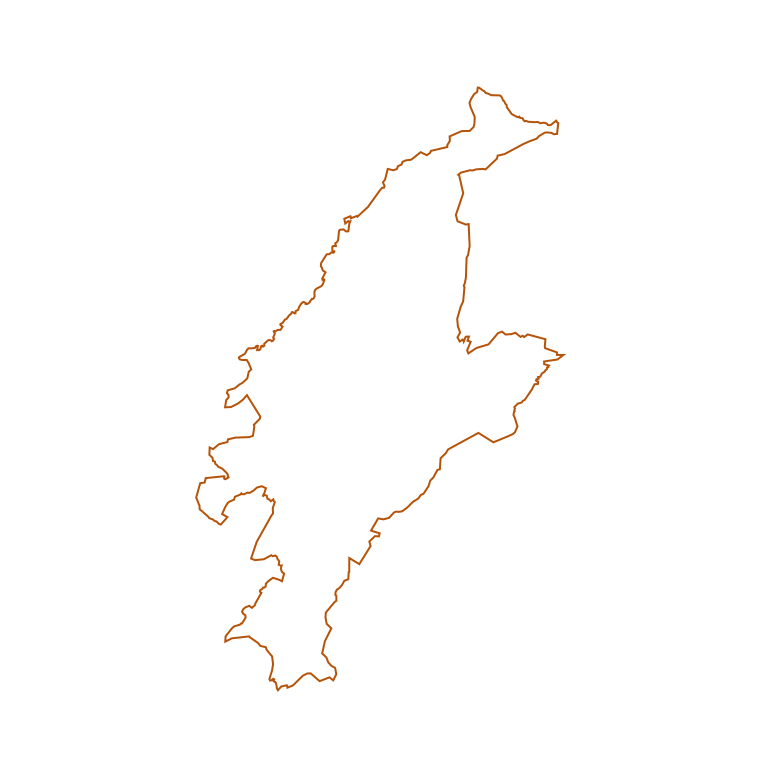 Novadnieku pag., Saldus, Latvia, rotated 303°
{"feature_id": "27541924B74609971281778", "entity_name": "Novadnieku pag.", "entity_type": "district", "adm_level": 2, "iso_a3": "LVA", "parent_name": "Latvia", "parent_adm1": "Saldus", "projection": "natural_earth1", "projection_center": [22.426, 56.607], "detail": "fine", "context": "isolated", "style": "outline", "palette": "amber", "viewbox_px": 768, "rotation_deg": 303, "n_neighbors": 0, "source": "geoboundaries", "source_scale": "gbopen_adm2", "svg_char_len": 6133}
<svg xmlns="http://www.w3.org/2000/svg" viewBox="0 0 768 768"><g transform="rotate(303 384 384)"><path d="M587.0,284.7L583.4,280.5L580.4,278.5L577.5,279.2L574.4,277.1L571.3,277.7L568.4,275.5L566.4,270.0L556.2,273.5L552.5,273.3L550.3,276.7L548.5,277.0L547.7,275.6L544.5,275.1L523.7,274.1L509.8,270.6L510.1,269.7L504.9,265.9L506.4,264.7L506.3,264.3L500.9,260.7L497.5,264.1L501.1,265.2L500.9,266.1L502.1,267.1L499.4,267.7L492.7,270.9L491.3,269.2L491.6,265.8L489.1,262.9L487.9,262.9L479.6,267.2L477.7,267.3L475.4,266.5L473.5,268.5L472.1,266.2L471.0,265.9L467.8,268.0L467.5,268.8L468.2,270.0L467.4,270.4L466.5,270.0L465.6,268.2L463.0,267.3L461.5,265.3L451.2,265.4L448.4,266.9L447.8,268.4L445.9,270.8L445.9,274.1L438.7,274.8L437.9,275.7L439.1,276.7L439.0,277.2L434.6,278.3L432.0,278.2L427.3,275.5L425.3,275.0L423.2,275.5L419.9,278.0L417.4,278.4L416.3,277.8L416.1,277.2L413.1,276.9L412.1,277.2L409.1,276.0L408.5,274.8L409.2,274.6L409.1,272.0L408.3,271.3L406.3,270.8L401.8,270.9L399.6,271.7L397.0,270.2L395.1,271.2L394.6,270.8L394.4,267.8L394.1,267.6L392.6,267.9L390.0,267.1L385.3,266.8L384.0,265.8L379.9,265.7L378.1,264.5L377.3,264.7L377.0,265.3L376.9,267.6L373.5,267.8L372.8,267.5L371.7,265.5L368.9,264.2L368.7,263.1L368.2,262.8L366.8,265.0L362.5,265.8L362.0,267.3L359.7,267.2L358.7,266.6L359.0,265.2L358.1,263.4L357.3,262.9L352.5,261.7L350.9,262.8L349.5,262.2L349.8,261.0L349.0,260.4L345.7,261.3L344.5,261.0L343.3,259.1L347.3,257.5L347.1,256.9L346.3,256.2L344.0,256.1L341.7,253.5L340.1,250.9L337.9,250.5L333.6,250.9L327.7,247.9L326.7,248.2L326.1,249.5L326.7,251.6L329.4,255.9L327.6,259.5L323.9,264.7L320.6,263.9L314.2,266.3L307.6,264.6L305.0,263.1L299.1,261.2L293.6,256.4L290.9,257.1L289.9,259.9L287.9,261.0L284.6,260.4L277.9,263.4L281.3,268.2L288.2,272.2L294.2,274.3L300.0,275.1L289.4,297.8L287.4,298.8L278.8,297.1L277.8,298.4L269.2,302.3L266.2,300.1L258.2,288.7L252.6,283.3L250.0,284.2L243.6,278.4L236.3,276.1L235.8,272.4L229.5,276.1L228.7,280.4L226.3,282.5L226.8,284.5L225.2,285.9L225.0,288.3L224.3,289.7L224.9,294.7L223.8,300.0L223.1,302.2L221.9,303.0L221.0,304.5L217.7,302.8L217.6,301.4L219.6,300.5L219.4,299.9L208.0,285.8L203.6,287.2L200.7,283.9L186.5,288.3L181.3,295.7L178.6,297.6L177.1,308.4L176.3,310.6L177.2,314.3L176.9,316.5L177.5,318.5L176.7,321.6L177.2,323.7L187.1,325.2L186.7,319.1L193.7,317.9L199.0,317.7L201.3,318.5L205.3,321.2L208.3,320.4L213.0,323.7L214.5,323.9L214.2,324.8L215.4,326.8L218.5,328.6L219.4,330.6L223.9,332.8L227.9,333.8L231.7,337.2L232.3,341.7L228.2,342.9L223.5,343.5L226.0,344.3L226.4,346.7L224.3,348.7L224.7,350.5L224.0,352.9L226.9,354.0L225.9,355.0L225.6,356.7L219.3,358.3L214.9,361.5L212.8,361.2L182.3,363.2L165.2,367.6L166.0,371.7L171.6,378.7L179.0,382.7L178.9,384.0L179.3,384.9L180.9,386.1L180.7,388.3L179.3,389.9L178.2,392.8L175.0,394.2L175.5,396.7L175.9,397.0L172.9,398.1L171.2,400.2L170.7,401.3L170.6,403.5L163.0,405.8L162.6,402.2L161.0,396.4L155.5,394.3L152.1,393.7L149.6,395.1L148.0,394.4L147.4,393.4L146.0,393.5L143.7,392.5L142.2,393.0L142.1,394.9L130.2,395.6L128.1,396.2L124.3,395.1L124.6,391.9L121.1,389.3L118.3,388.6L115.7,389.0L114.5,391.3L114.6,393.6L112.6,395.2L105.8,395.3L105.0,394.4L103.9,394.4L99.1,390.3L96.0,389.5L86.1,388.6L81.5,391.2L87.8,394.9L98.9,408.4L98.5,409.4L98.2,419.3L97.0,423.0L98.9,428.2L97.1,430.5L94.6,438.5L88.7,443.5L82.9,446.1L74.1,448.6L73.2,450.0L74.1,450.9L76.5,451.7L76.5,452.8L74.8,452.9L74.5,453.6L74.9,455.2L74.3,456.4L70.2,460.2L69.4,461.9L74.2,462.5L78.3,466.4L78.3,467.0L76.7,468.4L81.8,471.9L95.2,474.8L99.6,477.5L101.4,480.2L99.7,491.8L108.3,498.1L107.8,502.8L114.6,502.1L119.3,497.6L119.0,493.4L120.2,488.8L123.3,484.6L124.3,478.9L136.2,474.5L150.4,472.9L151.6,466.6L156.3,462.1L160.6,459.7L174.1,461.3L176.3,462.1L180.5,459.3L180.6,458.1L183.2,456.7L185.8,456.5L188.6,457.7L192.5,458.3L197.4,457.9L200.8,460.4L206.9,456.9L207.5,457.2L219.1,449.7L219.5,461.4L240.8,461.0L243.9,457.5L251.5,459.3L253.4,462.7L256.4,461.7L254.0,453.0L268.1,452.3L270.2,457.3L274.4,461.1L281.8,462.4L283.8,463.9L284.4,465.4L286.4,467.9L287.6,468.7L292.7,470.7L301.2,472.5L306.4,475.1L311.0,475.3L313.5,476.9L322.5,477.0L328.2,475.4L332.4,476.3L341.0,475.6L342.9,477.3L352.6,471.9L359.7,473.5L364.1,473.4L394.4,489.8L394.7,507.5L408.6,517.1L412.5,519.5L414.8,520.1L421.1,519.0L427.1,511.8L428.6,509.4L431.6,508.2L432.4,508.4L432.8,507.7L434.9,507.1L435.6,505.9L440.4,506.9L443.4,509.5L445.4,509.6L447.3,510.7L459.9,511.0L465.8,510.4L467.9,513.1L470.1,511.9L469.4,510.2L470.0,509.4L471.0,509.3L472.7,510.8L473.7,509.4L475.4,511.1L478.7,510.7L482.2,512.1L483.0,511.8L485.1,512.5L486.6,511.8L487.5,512.6L488.0,512.1L489.3,512.3L487.9,507.5L490.1,506.0L499.0,516.1L506.0,518.6L502.6,513.2L504.7,511.8L501.8,499.6L502.9,498.5L509.5,495.0L503.8,477.5L499.7,476.0L500.0,474.1L497.9,472.9L498.5,466.2L495.3,463.8L491.7,459.0L492.2,454.5L488.7,451.9L474.2,450.1L464.4,441.8L455.6,438.1L457.5,435.4L466.6,433.7L465.8,430.4L470.0,429.4L468.4,427.0L467.7,426.8L462.9,427.8L464.2,426.1L464.0,425.6L460.9,424.4L463.1,420.2L468.5,419.9L472.7,414.5L478.5,409.9L490.7,406.2L496.4,405.4L509.1,398.7L509.8,397.4L512.9,396.8L517.9,394.7L534.9,384.5L537.7,384.3L546.2,380.8L564.2,367.9L562.3,365.8L560.5,357.1L564.9,352.2L587.1,346.6L600.0,333.3L599.9,332.3L603.2,333.4L610.2,339.8L611.3,342.0L614.2,344.4L618.3,349.8L619.3,352.3L634.6,356.0L637.4,354.9L642.5,359.9L660.7,369.9L666.6,373.7L672.7,378.3L676.6,379.1L682.1,381.8L683.7,383.5L685.9,387.9L686.0,390.5L688.0,392.9L697.8,388.0L697.6,387.1L698.6,384.9L692.3,382.9L691.0,381.6L690.4,380.4L691.1,378.6L690.2,375.7L687.8,373.1L687.5,370.2L685.4,367.4L682.4,361.9L682.1,359.9L681.0,359.1L681.2,357.5L682.4,355.4L681.3,353.4L681.9,351.9L680.9,351.4L680.5,350.4L679.9,344.2L683.0,336.3L684.8,334.9L685.0,333.5L686.6,330.7L686.7,329.3L688.1,327.5L689.2,325.0L689.0,323.8L684.6,316.6L684.1,312.5L683.4,310.9L684.2,308.5L684.0,307.5L684.3,302.4L683.7,301.2L679.7,303.1L676.3,301.7L670.5,301.8L666.3,302.6L663.6,305.5L657.3,314.7L651.5,318.1L648.4,319.2L642.9,318.0L638.4,311.4L627.4,304.2L623.8,306.8L618.8,307.0L617.2,308.0L605.1,296.4L603.0,296.8L599.2,295.3L598.4,288.5L587.0,284.7Z" fill="none" stroke="#b45309" stroke-width="2"/></g></svg>